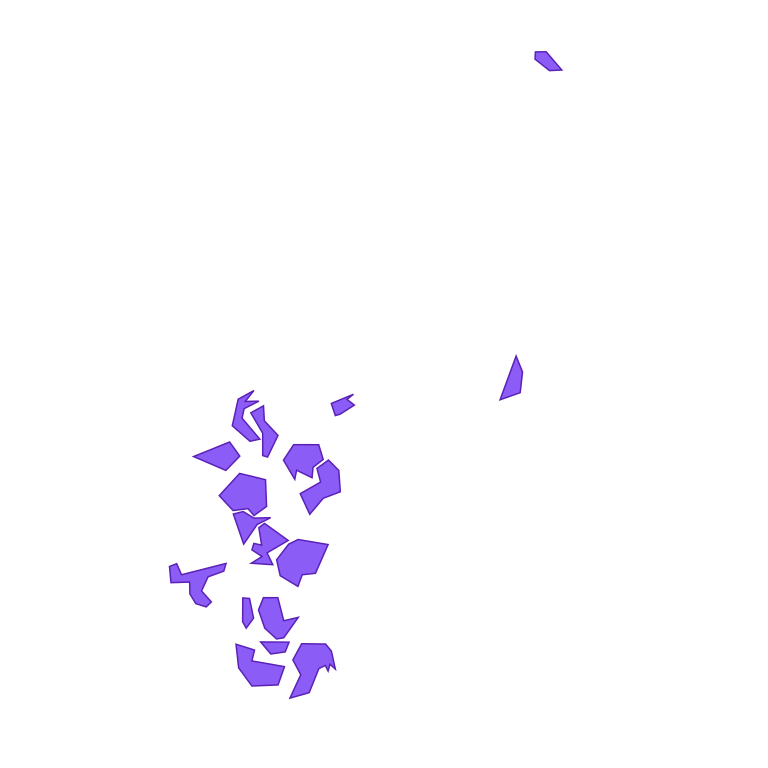 Sinan-gun, South Jeolla, South Korea, rotated 163°
{"feature_id": "91817680B46467557111645", "entity_name": "Sinan-gun", "entity_type": "district", "adm_level": 2, "iso_a3": "KOR", "parent_name": "South Korea", "parent_adm1": "South Jeolla", "projection": "orthographic", "projection_center": [125.994, 34.593], "detail": "medium", "context": "isolated", "style": "filled", "palette": "violet", "viewbox_px": 768, "rotation_deg": 163, "n_neighbors": 0, "source": "geoboundaries", "source_scale": "gbopen_adm2", "svg_char_len": 1976}
<svg xmlns="http://www.w3.org/2000/svg" viewBox="0 0 768 768"><g transform="rotate(163 384 384)"><path d="M550.5,304.6L546.8,296.2L532.1,301.2L525.3,327.1L548.2,340.7L574.2,325.4L565.3,307.1L550.5,304.6ZM539.3,231.0L525.5,215.6L518.0,225.5L504.9,223.0L484.4,246.8L511.6,260.4L522.0,258.7L538.1,247.3L539.3,231.0ZM548.6,130.3L565.8,111.1L545.8,110.7L529.5,130.9L522.4,132.0L521.4,125.8L517.6,131.8L513.9,125.6L512.4,144.0L515.9,152.4L538.7,159.7L551.8,146.8L548.6,130.3ZM598.6,133.8L573.3,127.2L561.8,142.8L591.3,157.8L585.6,167.4L601.6,178.4L606.0,155.0L598.6,133.8ZM496.2,303.6L493.1,281.1L475.5,292.5L457.3,293.7L452.5,314.5L459.3,327.5L472.8,322.9L473.3,308.8L496.2,303.6ZM628.2,229.0L619.2,222.8L612.8,226.1L619.0,239.4L608.7,251.0L591.9,251.9L587.5,258.6L633.4,260.8L634.8,272.8L642.5,272.2L645.8,256.3L627.8,251.4L631.0,240.0L628.2,229.0ZM492.8,327.1L480.2,315.4L476.2,325.1L464.2,329.6L464.2,345.0L488.1,352.4L502.4,340.6L497.2,318.9L492.8,327.1ZM569.4,185.3L561.3,171.6L554.1,170.6L534.2,185.9L549.1,186.9L548.0,210.7L561.8,214.9L570.1,204.6L569.4,185.3ZM563.3,251.4L543.2,243.7L545.2,256.7L521.4,262.4L539.0,285.6L545.7,283.2L548.1,265.7L555.1,269.6L558.8,264.0L551.1,254.7L563.3,251.4ZM587.3,370.3L560.5,347.6L543.0,357.2L548.6,373.7L587.3,370.3ZM527.9,412.1L541.3,388.4L528.9,368.4L518.9,367.6L529.7,392.8L525.0,401.3L508.7,404.2L521.8,407.9L510.3,415.8L527.9,412.1ZM519.8,395.4L514.4,372.4L520.9,351.0L516.7,348.2L500.4,365.8L509.2,383.8L505.6,398.4L519.8,395.4ZM566.1,303.7L565.0,271.9L546.4,286.7L531.5,289.3L547.6,293.8L556.0,303.2L566.1,303.7ZM277.6,335.0L256.3,335.9L248.0,355.0L249.5,372.1L277.6,335.0ZM556.8,156.7L550.3,164.9L577.4,173.4L571.2,158.9L556.8,156.7ZM142.1,657.3L144.6,650.5L134.1,635.3L122.2,632.3L131.8,654.3L142.1,657.3ZM440.1,380.8L439.8,368.0L434.7,368.0L418.5,372.5L423.9,380.1L416.2,383.1L440.1,380.8ZM581.6,220.7L588.7,198.0L587.2,190.8L577.2,198.2L575.3,218.2L581.6,220.7Z" fill="#8b5cf6" stroke="#5b21b6" stroke-width="1.5"/></g></svg>